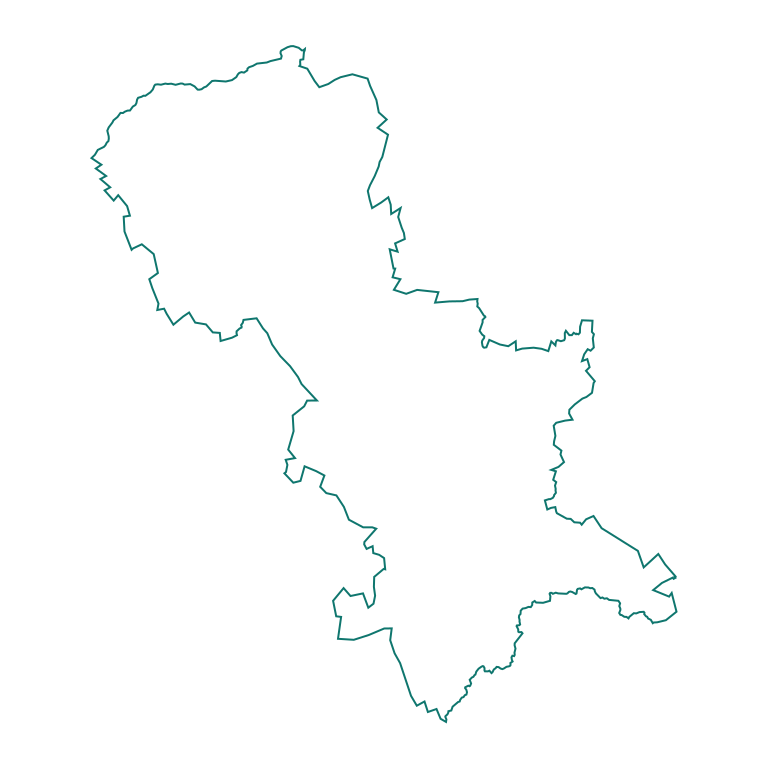 outline of Capricorn, Limpopo, South Africa
{"feature_id": "47623444B39961875100415", "entity_name": "Capricorn", "entity_type": "district", "adm_level": 2, "iso_a3": "ZAF", "parent_name": "South Africa", "parent_adm1": "Limpopo", "projection": "natural_earth1", "projection_center": [29.178, -23.544], "detail": "fine", "context": "isolated", "style": "outline", "palette": "teal", "viewbox_px": 768, "rotation_deg": 0, "n_neighbors": 0, "source": "geoboundaries", "source_scale": "gbopen_adm2", "svg_char_len": 6053}
<svg xmlns="http://www.w3.org/2000/svg" viewBox="0 0 768 768"><path d="M304.9,49.0L303.2,50.4L301.9,50.4L298.7,47.8L293.3,46.1L290.8,46.2L287.5,47.2L281.4,50.5L280.7,51.4L280.5,53.2L281.7,56.0L281.0,58.6L270.4,61.1L266.8,62.5L257.0,63.6L252.9,65.9L249.1,67.2L247.5,68.6L247.3,70.4L244.0,72.6L241.5,72.1L239.3,72.9L237.9,74.3L236.3,77.1L232.0,80.1L225.8,81.5L215.0,80.7L212.1,81.0L206.3,86.5L204.0,87.4L201.6,89.2L199.2,89.7L197.6,89.6L194.6,86.4L190.3,84.1L184.6,84.6L182.6,83.6L180.7,83.5L175.6,84.8L171.2,83.7L167.8,84.0L165.3,83.6L161.0,84.7L157.7,84.3L155.3,84.6L154.4,85.6L152.8,89.5L150.5,92.2L145.4,95.8L143.5,95.7L141.5,96.8L138.1,97.8L137.1,99.6L136.4,103.1L135.4,105.0L132.8,106.6L130.0,110.5L127.5,110.6L124.8,111.7L123.0,113.0L120.5,112.9L117.5,117.0L113.5,120.3L112.4,122.5L108.7,127.4L107.3,130.7L108.7,136.3L108.8,138.7L108.4,141.1L106.8,142.6L105.4,145.3L103.9,146.9L97.8,149.9L94.9,154.8L91.5,158.1L101.4,164.7L95.8,168.5L106.1,176.0L100.4,179.0L110.2,187.3L104.6,190.4L113.7,200.6L118.2,195.2L127.1,206.1L129.9,215.7L123.7,216.7L124.5,231.5L131.6,249.8L133.1,248.4L141.8,244.3L153.7,254.1L157.9,273.0L149.3,279.2L152.3,288.1L158.5,303.6L157.3,310.0L164.1,308.7L166.6,313.7L173.4,324.7L183.2,316.5L189.1,312.5L195.2,322.6L206.0,324.4L212.8,332.4L219.8,332.9L220.6,341.0L232.0,337.7L237.0,335.2L236.5,333.1L236.6,331.3L239.6,328.5L241.5,327.6L241.7,326.7L241.1,325.1L242.8,322.8L243.5,319.9L256.6,318.3L263.0,328.4L267.3,333.2L272.1,344.5L280.3,356.1L290.1,366.2L298.0,377.0L301.6,384.1L316.9,400.5L307.1,400.6L304.2,406.3L292.7,415.5L293.6,431.1L288.2,449.6L295.0,458.1L285.7,459.8L287.4,464.9L286.0,472.0L284.4,473.3L293.3,482.7L300.5,480.9L304.6,466.3L316.1,471.1L324.4,475.5L320.2,486.8L326.3,493.1L336.4,495.4L343.9,506.9L348.9,519.7L363.1,527.3L372.2,527.3L376.2,528.7L364.4,542.0L364.2,544.4L366.6,548.9L372.6,546.2L373.3,553.1L379.1,554.8L384.1,558.1L385.2,569.3L383.7,568.9L374.2,576.9L373.9,586.9L375.1,595.7L373.5,603.7L368.3,607.7L363.0,593.4L350.5,596.0L343.6,588.1L333.1,600.8L336.2,616.3L341.1,616.9L338.0,638.8L353.8,639.8L368.8,635.0L384.2,628.5L391.7,628.4L390.2,640.2L394.6,653.3L400.1,663.1L411.0,695.8L416.8,705.7L424.5,701.5L427.9,712.0L436.5,709.0L440.6,718.8L446.0,721.9L446.4,719.4L445.3,716.8L445.5,716.1L447.4,714.4L448.3,712.6L448.4,711.2L451.3,710.5L452.6,706.7L458.1,702.0L459.7,701.5L460.2,699.8L461.8,697.6L463.5,697.1L464.8,695.2L466.4,694.6L467.0,692.2L466.3,689.7L465.1,688.1L465.2,687.3L468.3,685.7L469.6,686.2L470.2,685.7L471.1,683.5L469.7,679.8L471.9,677.5L473.4,676.8L474.5,675.1L475.4,674.6L476.3,671.6L478.6,668.7L481.4,666.7L482.7,666.1L483.5,666.3L484.5,668.0L484.5,670.6L484.9,671.3L488.1,671.3L489.4,670.7L491.5,673.1L492.5,672.2L493.8,669.5L495.6,668.2L496.6,666.9L498.6,667.1L500.5,668.5L502.3,669.1L503.7,668.6L506.5,666.8L509.1,666.3L510.2,665.7L510.5,665.1L510.4,663.0L512.6,661.5L511.9,660.0L511.5,657.3L512.4,655.7L514.1,656.1L514.7,654.9L514.5,652.6L515.5,648.6L514.6,645.3L514.7,643.3L522.5,633.3L521.5,632.1L519.0,632.2L518.3,631.7L518.2,629.3L516.6,626.2L516.8,625.5L519.3,625.2L520.1,624.5L519.5,621.4L519.6,620.0L518.9,617.3L519.2,615.4L520.5,614.0L520.7,610.7L522.6,608.6L525.6,608.1L528.4,606.9L530.8,607.1L532.2,605.0L532.3,602.5L534.7,601.0L536.1,602.5L543.1,602.8L550.0,600.8L550.4,596.3L549.6,593.8L550.2,592.9L551.7,592.9L552.8,593.8L555.8,592.7L558.1,593.4L566.3,593.8L567.4,593.4L568.9,591.9L570.3,591.5L572.2,592.0L575.7,594.0L576.5,593.5L577.0,589.9L577.7,588.9L580.1,588.4L581.4,589.3L584.9,587.4L588.4,587.5L590.2,588.2L592.3,588.0L594.5,589.6L594.9,591.5L595.9,593.4L600.5,598.1L602.5,597.5L604.3,598.7L606.9,598.3L609.1,599.9L618.4,600.8L620.1,603.3L619.3,606.1L620.3,608.5L620.4,609.9L619.2,613.0L620.4,614.9L621.6,615.0L624.3,616.8L626.5,616.9L628.5,618.4L629.3,616.9L633.8,613.2L636.3,613.4L639.5,612.1L643.7,611.8L644.5,612.8L644.2,614.1L646.0,616.3L647.2,616.8L648.1,618.5L650.8,619.8L652.8,623.2L653.7,622.5L657.2,622.3L665.9,620.2L676.5,611.7L671.7,593.0L669.1,596.6L653.2,590.1L662.0,582.9L672.8,577.6L673.6,578.8L675.5,577.8L674.8,576.6L675.4,576.3L665.1,564.4L658.3,554.0L643.7,567.4L637.9,550.9L601.6,528.2L593.5,516.0L586.1,519.3L581.7,524.7L580.1,522.7L574.3,522.3L570.7,518.9L566.8,518.7L556.9,513.2L556.2,511.6L555.3,507.1L551.0,507.9L547.3,509.5L544.9,500.4L549.0,499.1L550.4,499.1L552.8,497.9L554.0,496.1L554.1,495.1L555.9,492.8L555.5,490.1L555.7,489.0L555.0,485.6L556.2,482.1L553.2,479.8L555.9,471.3L551.3,469.9L558.5,466.9L564.0,462.1L560.5,454.5L561.4,450.6L553.8,444.8L554.1,441.3L555.4,435.9L553.7,425.7L556.2,422.8L565.1,420.6L572.5,419.7L569.1,413.5L569.4,409.7L574.8,404.4L582.4,398.6L586.4,397.0L592.0,392.8L593.6,383.0L594.8,381.2L586.0,370.8L589.6,367.2L587.3,359.1L582.0,361.1L584.2,354.3L587.7,349.2L590.6,350.7L593.8,347.5L592.8,338.3L593.9,334.2L591.9,331.9L592.5,320.7L582.0,320.3L580.1,326.7L579.9,332.7L578.5,334.3L576.5,333.7L576.0,334.2L573.7,332.8L571.9,335.1L569.3,335.1L565.9,330.8L564.8,333.1L564.9,338.5L564.2,340.2L560.9,341.2L557.6,340.1L556.9,340.3L555.9,342.0L555.4,345.4L551.3,341.4L548.3,351.1L541.6,348.8L533.6,347.7L522.2,348.6L516.1,350.4L515.7,341.3L508.3,346.2L499.9,344.5L489.3,339.9L486.4,347.3L484.1,347.7L483.3,347.2L482.5,345.9L481.9,342.2L482.3,340.5L484.1,338.0L484.3,336.2L482.2,334.6L479.6,330.9L482.6,322.4L482.6,319.9L485.4,317.0L485.1,316.3L483.9,315.6L479.1,308.1L477.3,306.5L477.7,303.7L477.2,301.4L477.5,299.0L469.3,299.6L462.6,301.2L449.5,301.4L435.1,302.6L438.4,292.2L417.1,289.9L406.2,293.8L393.9,289.8L400.4,279.2L392.6,277.3L395.2,268.6L393.5,268.5L389.7,249.3L397.6,251.7L395.1,243.4L404.8,239.0L403.9,233.0L401.7,227.7L398.2,217.0L400.6,208.0L391.2,214.0L390.7,204.7L388.3,197.3L381.2,202.5L372.1,208.1L369.7,199.6L367.8,191.0L370.0,185.2L374.7,176.1L378.7,166.5L379.6,162.0L382.3,157.0L388.0,134.7L377.6,127.8L386.7,119.5L378.8,112.4L376.4,100.0L370.1,85.9L367.6,78.6L352.4,74.3L340.6,77.2L334.7,79.9L328.3,84.0L319.3,87.2L314.6,81.0L307.3,68.7L299.4,66.0L300.3,64.8L300.1,61.5L300.4,59.8L303.3,59.3L303.9,52.4L304.8,50.1L304.9,49.0Z" fill="none" stroke="#0f766e" stroke-width="2"/></svg>